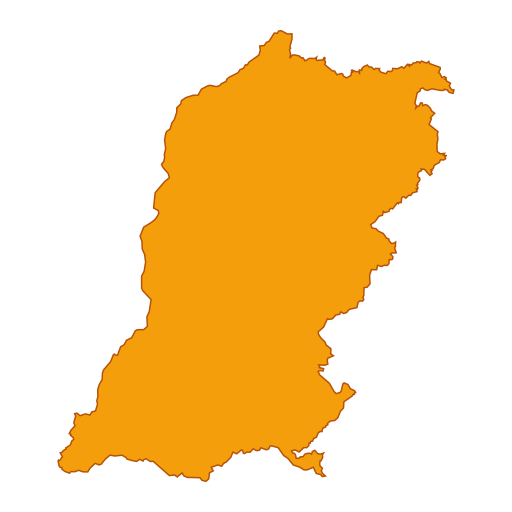 Victoria, Caldas, Colombia
{"feature_id": "7082276B78337286382012", "entity_name": "Victoria", "entity_type": "district", "adm_level": 2, "iso_a3": "COL", "parent_name": "Colombia", "parent_adm1": "Caldas", "projection": "mercator", "projection_center": [-74.809, 5.451], "detail": "fine", "context": "isolated", "style": "filled", "palette": "amber", "viewbox_px": 512, "rotation_deg": 0, "n_neighbors": 0, "source": "geoboundaries", "source_scale": "gbopen_adm2", "svg_char_len": 5944}
<svg xmlns="http://www.w3.org/2000/svg" viewBox="0 0 512 512"><path d="M292.0,33.8L287.5,34.0L281.2,30.7L278.5,31.1L277.5,33.2L274.2,33.1L269.1,41.2L266.2,42.5L264.3,45.5L259.7,46.0L260.3,50.3L258.9,55.1L249.0,62.1L247.4,64.8L245.3,64.9L243.6,68.2L239.8,69.8L238.1,72.7L229.2,77.2L226.8,79.3L226.2,81.4L221.5,83.6L219.5,85.7L216.3,86.6L209.9,85.3L207.2,86.1L201.4,89.2L198.0,95.2L193.5,95.2L186.1,97.5L181.4,100.6L180.8,103.9L176.8,107.8L176.7,112.4L174.3,119.7L171.9,122.9L170.2,128.9L166.6,131.6L165.7,133.8L164.6,140.0L165.7,148.7L164.3,154.6L164.6,157.9L163.7,161.5L161.5,164.4L163.1,167.6L168.2,173.5L169.4,177.7L164.4,181.8L155.2,192.7L153.6,208.0L158.2,210.5L158.8,213.2L157.6,215.8L155.2,219.3L151.5,222.3L143.7,227.2L140.1,236.2L142.0,241.5L142.2,248.8L144.7,254.7L145.6,262.2L144.1,271.3L141.6,276.1L141.6,288.0L142.6,290.5L151.1,299.6L149.2,311.7L146.9,316.9L147.4,326.4L143.7,329.6L137.4,329.7L135.3,330.8L131.7,337.7L126.5,340.3L124.1,344.8L120.6,346.8L117.6,355.0L116.5,355.4L114.3,354.1L113.4,354.7L110.6,361.6L103.6,369.9L102.4,373.2L102.2,379.3L99.1,385.0L97.7,389.8L97.9,396.6L96.8,400.7L97.5,404.3L95.5,410.9L91.8,411.9L90.0,415.0L85.3,413.9L80.1,415.7L76.8,413.1L74.6,413.7L75.7,416.0L73.8,422.7L75.0,425.8L71.1,430.0L69.2,433.6L70.9,434.4L70.5,435.3L73.3,437.6L73.7,439.5L71.9,440.8L70.2,445.1L65.7,448.0L66.0,449.1L63.2,450.6L62.4,452.1L60.2,452.8L62.4,456.8L59.6,460.5L58.5,460.1L58.1,460.9L59.1,466.0L60.2,467.5L61.8,467.4L62.0,469.3L64.8,471.4L69.5,473.2L70.9,471.6L74.9,471.7L78.7,470.3L82.8,471.8L87.8,471.9L90.1,468.1L95.1,463.4L99.1,464.9L101.3,464.1L105.4,459.0L110.1,455.1L114.8,456.0L122.0,455.2L126.1,457.6L126.9,459.0L131.5,460.4L136.6,461.4L139.7,459.3L143.0,461.1L143.8,459.6L146.1,458.8L150.3,461.5L153.2,461.3L169.3,475.5L174.6,475.0L177.2,476.9L182.1,473.0L184.0,476.0L187.5,477.4L199.9,477.7L202.1,480.4L206.0,481.3L208.7,478.9L209.5,472.8L213.2,470.9L211.3,467.3L217.7,465.0L221.7,466.2L223.6,463.4L226.3,462.0L230.8,457.3L232.9,452.2L236.7,453.8L241.6,449.8L242.9,451.1L243.4,453.3L244.6,453.5L246.8,452.1L250.2,452.1L253.2,448.8L256.4,450.6L259.4,450.3L260.9,447.8L266.5,449.8L268.7,448.9L270.0,446.1L272.1,446.0L278.2,447.7L283.7,455.6L287.9,458.4L293.3,465.0L299.6,467.1L304.0,469.9L307.1,469.9L313.3,467.3L316.3,473.5L320.4,474.5L322.4,476.6L325.4,476.0L322.5,473.4L321.3,470.8L322.4,468.2L320.0,465.8L319.7,464.0L320.1,460.9L321.0,460.8L322.7,457.4L322.4,454.8L323.5,453.1L320.2,454.2L317.7,453.6L314.7,450.3L312.3,451.6L311.6,454.2L309.6,453.2L307.2,453.4L304.8,454.2L303.1,456.7L300.5,456.8L298.8,458.3L296.2,458.3L295.4,454.5L294.2,453.2L292.5,453.0L291.5,451.0L295.0,449.9L299.2,452.0L303.7,447.7L306.8,447.6L308.8,445.6L309.0,443.1L310.2,443.2L310.7,441.4L312.5,441.2L313.8,438.4L316.4,437.3L318.2,432.9L320.1,431.5L322.0,431.6L322.6,428.3L325.6,427.1L325.7,425.9L327.8,424.7L327.6,423.3L330.4,421.0L334.7,420.5L337.9,417.6L340.5,411.1L343.5,408.0L343.9,401.8L352.4,395.8L352.8,394.6L354.4,394.3L354.5,392.9L355.6,392.6L354.6,390.7L350.4,388.7L347.9,384.5L344.1,382.9L342.9,383.9L341.1,391.3L340.0,392.5L336.2,393.6L334.0,391.5L329.5,383.4L319.7,374.9L318.1,371.5L320.3,370.5L323.1,371.0L323.6,368.6L319.2,367.6L319.7,366.3L318.7,364.9L324.8,365.2L327.8,364.2L327.2,359.9L327.8,358.2L333.4,355.8L330.7,353.8L330.9,348.7L326.3,345.1L324.8,341.8L320.7,337.8L318.5,334.2L318.2,331.8L323.6,327.1L327.4,318.8L328.9,319.4L332.4,318.8L335.8,315.0L339.6,314.3L340.7,311.9L343.7,313.5L346.7,312.5L349.2,309.4L356.9,307.6L358.2,302.2L359.8,301.0L362.6,301.1L363.7,299.6L363.0,297.0L363.8,295.4L364.0,287.7L367.1,287.2L370.0,283.9L369.6,275.2L371.5,269.6L376.6,269.8L377.6,265.3L381.4,266.5L384.2,265.3L387.4,265.4L388.9,263.6L389.3,259.5L391.8,259.7L392.8,258.7L392.8,256.6L390.4,254.0L392.0,253.0L396.2,252.8L394.6,247.7L395.4,246.6L395.6,242.0L393.7,243.3L391.4,243.4L389.2,240.9L388.7,238.8L386.6,238.2L383.3,233.5L378.2,231.1L376.1,228.7L372.1,228.0L370.6,224.6L374.9,221.8L379.0,216.2L382.5,215.3L383.3,211.4L384.9,212.6L389.0,211.3L389.5,209.3L391.5,208.4L392.7,208.9L397.4,202.7L398.5,203.7L399.2,202.4L401.2,202.6L401.6,198.5L402.5,196.9L403.6,196.6L405.8,198.2L408.8,195.2L410.7,195.5L412.6,192.8L417.1,191.6L416.3,188.9L417.5,189.2L418.0,187.7L416.6,185.2L417.9,184.6L417.5,183.4L419.8,180.1L419.7,178.1L417.8,176.9L417.7,174.0L418.5,172.0L421.5,170.7L421.1,169.0L424.5,169.4L429.9,175.4L432.1,173.6L431.0,172.0L432.0,170.6L430.9,169.8L433.0,168.9L434.4,165.2L439.3,162.5L440.5,159.8L443.7,160.0L445.6,158.7L444.9,156.2L446.8,155.7L443.2,155.0L444.5,153.4L440.2,153.8L437.2,151.5L436.9,144.3L437.9,139.0L437.3,134.0L438.0,131.7L429.1,124.5L431.4,118.8L430.5,117.6L434.7,113.3L431.4,110.7L430.4,108.3L427.6,105.4L425.5,104.6L422.7,105.6L422.4,103.2L421.5,102.8L420.6,102.9L419.1,106.0L417.8,106.0L415.9,108.0L416.4,105.9L414.9,103.1L417.2,92.8L420.1,91.0L420.3,89.1L422.7,87.9L425.1,89.8L427.6,90.4L431.8,88.8L441.1,90.5L443.8,90.3L444.4,89.2L447.0,89.9L449.2,92.3L453.0,93.4L453.9,89.9L452.0,89.9L450.9,88.7L449.3,86.0L450.5,83.2L446.5,81.0L446.1,79.0L445.0,79.1L446.1,77.6L444.2,76.6L441.9,77.6L439.9,73.5L438.6,72.7L440.3,68.9L440.1,67.4L429.5,63.6L428.8,61.4L426.6,63.1L421.5,61.1L419.8,63.1L419.1,62.0L416.9,61.7L416.0,62.8L413.3,62.9L411.5,65.1L409.3,64.4L409.4,66.1L407.4,64.3L403.9,68.2L401.7,66.7L397.4,68.8L392.8,68.4L392.3,70.7L390.9,71.6L387.9,71.2L385.8,73.7L381.0,72.2L379.1,70.0L379.6,68.6L375.5,68.4L374.2,69.6L371.6,67.1L368.9,66.9L367.3,65.0L363.8,66.6L362.0,68.4L361.7,70.3L359.5,69.9L359.5,73.2L358.1,71.4L356.5,71.8L352.0,70.0L351.4,70.8L352.7,72.0L351.3,72.7L351.0,75.4L346.6,77.9L343.2,76.0L342.8,74.2L341.7,73.5L336.8,74.7L334.7,71.1L332.1,70.7L324.8,64.6L325.5,61.9L324.4,60.2L325.1,58.2L324.2,57.5L322.8,59.9L316.8,60.4L316.1,59.0L316.6,57.2L314.9,58.5L309.5,58.3L305.1,60.9L302.9,57.7L301.6,58.0L299.1,55.9L294.4,54.9L292.3,55.1L289.8,58.3L290.6,54.4L289.5,49.7L290.6,48.2L289.9,46.7L291.9,39.4L292.0,33.8Z" fill="#f59e0b" stroke="#b45309" stroke-width="1.5"/></svg>